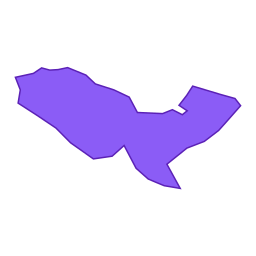 Katydata, Nicosia, Cyprus
{"feature_id": "46923920B20193016295799", "entity_name": "Katydata", "entity_type": "district", "adm_level": 2, "iso_a3": "CYP", "parent_name": "Cyprus", "parent_adm1": "Nicosia", "projection": "orthographic", "projection_center": [32.912, 35.095], "detail": "fine", "context": "isolated", "style": "filled", "palette": "violet", "viewbox_px": 256, "rotation_deg": 0, "n_neighbors": 0, "source": "geoboundaries", "source_scale": "gbopen_adm2", "svg_char_len": 604}
<svg xmlns="http://www.w3.org/2000/svg" viewBox="0 0 256 256"><path d="M18.1,103.1L35.9,114.6L54.7,127.2L55.9,128.0L70.6,142.8L91.4,157.5L93.4,158.9L112.1,156.2L124.1,145.5L136.1,168.3L148.2,179.0L156.2,182.4L164.2,185.7L180.2,188.4L166.9,164.2L186.9,148.1L204.3,141.4L218.7,130.4L227.2,120.9L240.6,105.7L235.0,98.5L220.3,94.4L192.7,86.1L186.7,95.4L179.0,105.3L187.2,110.8L182.3,114.7L172.4,109.7L162.6,113.6L137.4,112.5L129.2,97.1L113.9,89.9L95.3,83.9L86.0,75.1L67.6,67.6L58.1,69.6L49.8,70.1L41.6,67.9L33.4,73.4L15.4,77.3L20.3,89.9L18.1,103.1Z" fill="#8b5cf6" stroke="#5b21b6" stroke-width="1.5"/></svg>